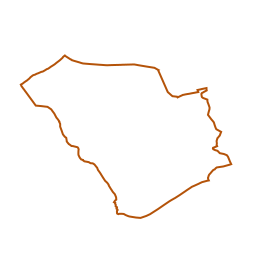 Bayt Al Faqih, Al Hudaydah, Yemen, rotated 71°
{"feature_id": "15242507B83737515314147", "entity_name": "Bayt Al Faqih", "entity_type": "district", "adm_level": 2, "iso_a3": "YEM", "parent_name": "Yemen", "parent_adm1": "Al Hudaydah", "projection": "equal_earth", "projection_center": [43.296, 14.46], "detail": "fine", "context": "isolated", "style": "outline", "palette": "amber", "viewbox_px": 256, "rotation_deg": 71, "n_neighbors": 0, "source": "geoboundaries", "source_scale": "gbopen_adm2", "svg_char_len": 4352}
<svg xmlns="http://www.w3.org/2000/svg" viewBox="0 0 256 256"><g transform="rotate(71 128 128)"><path d="M38.9,164.1L39.6,166.1L40.4,167.2L41.1,168.9L41.6,170.0L42.2,171.7L43.0,174.2L43.3,175.0L43.9,176.6L44.5,179.0L44.9,180.8L45.9,184.1L45.9,185.6L46.5,188.1L46.9,190.3L46.7,191.6L47.0,195.2L47.0,196.9L47.3,198.5L47.2,199.9L47.3,201.0L47.8,202.3L48.2,203.6L49.1,205.2L49.8,207.1L50.2,208.1L50.5,209.4L51.1,211.5L51.4,212.2L51.6,212.9L51.8,213.5L51.9,214.2L52.1,215.2L52.8,215.1L53.7,215.1L54.1,215.0L54.9,214.7L56.7,214.2L57.4,213.9L58.4,213.6L59.8,213.2L60.6,212.9L61.6,212.6L63.5,212.0L64.2,211.8L66.8,211.0L67.1,210.9L68.7,210.4L72.9,209.1L75.2,208.4L76.8,207.9L78.5,204.1L78.9,203.2L81.8,197.2L85.4,194.5L87.2,194.0L90.3,193.0L94.9,192.3L95.1,192.2L96.7,191.6L97.7,191.3L99.4,190.8L99.6,191.1L101.7,190.8L102.0,190.8L102.9,191.1L103.2,191.2L104.6,191.7L108.7,191.6L110.4,191.6L110.5,191.6L112.6,191.6L112.8,191.6L115.2,190.8L115.3,190.7L115.7,190.6L116.9,189.8L117.1,189.6L117.8,189.7L120.1,190.1L120.8,190.3L121.1,190.2L122.9,189.6L123.0,189.5L123.3,189.4L124.0,189.2L124.3,188.8L126.6,187.3L127.2,185.9L128.0,184.7L129.4,182.5L129.9,181.9L130.9,181.6L132.1,181.6L132.6,181.9L134.0,182.5L135.9,183.2L136.9,183.5L137.5,183.6L140.3,183.3L142.5,182.5L143.4,181.2L143.5,181.3L144.3,180.8L145.3,180.1L147.5,176.2L147.9,175.9L148.5,175.4L149.2,174.7L149.9,172.9L150.7,172.2L150.8,172.2L151.5,171.6L154.6,170.5L155.4,170.2L155.5,170.1L157.0,170.1L158.1,170.0L159.3,169.6L161.0,169.1L162.6,168.7L164.1,168.4L165.3,168.1L166.8,167.8L166.9,167.7L167.1,167.7L170.6,166.8L171.1,166.5L173.0,165.5L175.2,164.8L176.2,164.9L177.9,164.5L178.9,164.3L180.2,164.0L181.6,163.6L181.8,163.6L183.0,163.3L183.7,163.1L186.3,162.0L187.8,161.9L189.6,161.8L191.9,162.4L192.4,163.8L192.5,164.0L193.6,165.4L193.9,165.1L194.2,164.7L194.5,164.4L194.9,164.6L195.1,164.8L195.4,164.9L195.7,164.7L196.3,164.6L196.8,164.6L197.1,164.8L197.4,165.0L197.9,165.2L198.2,165.1L198.4,164.9L198.9,164.4L199.4,164.2L199.6,164.3L199.8,164.8L200.2,165.1L200.7,165.1L200.9,164.8L201.3,164.6L201.8,164.6L202.1,164.5L202.3,165.0L202.6,165.3L203.1,165.6L203.5,165.6L204.2,165.8L204.7,166.1L205.4,166.1L205.6,165.9L206.0,165.5L206.3,165.2L206.3,164.8L206.3,164.2L207.2,161.6L207.9,160.0L209.6,158.5L211.2,156.7L212.1,155.5L213.5,152.9L215.3,149.5L217.1,145.4L217.1,144.1L217.1,139.3L216.8,136.5L216.7,135.4L214.4,125.9L212.5,119.1L212.1,117.6L210.8,112.8L210.6,111.9L210.1,109.6L210.1,109.3L209.8,108.0L209.6,106.6L208.3,101.2L206.4,94.2L206.1,93.2L205.5,90.9L204.9,88.5L204.4,86.8L204.2,84.2L203.7,78.9L203.6,78.5L203.3,75.6L203.6,71.4L203.6,70.8L203.9,68.7L202.9,68.8L201.5,68.7L201.0,68.5L200.4,67.9L199.8,67.6L198.8,66.7L198.6,66.5L198.0,65.5L198.0,65.4L197.6,64.7L196.6,63.1L196.1,62.1L195.9,61.9L195.4,60.8L195.4,59.9L195.4,59.6L194.6,58.2L194.2,56.9L194.6,54.7L195.4,50.4L195.6,46.9L195.8,43.7L195.8,42.6L195.8,42.2L193.0,42.5L187.8,42.8L185.9,43.4L183.8,45.8L181.7,49.4L178.7,50.8L177.2,52.9L175.8,54.3L175.0,54.4L174.4,54.0L174.4,53.0L174.2,49.6L173.8,49.6L173.1,49.8L171.5,49.0L169.7,48.6L169.2,48.5L166.8,46.8L166.8,46.7L165.0,43.8L165.0,43.7L163.4,42.4L162.0,41.2L161.1,42.0L159.9,43.1L157.9,44.9L156.1,45.1L155.9,45.1L154.9,45.1L154.6,45.1L153.5,45.1L150.6,45.0L148.9,45.6L146.9,46.4L146.0,46.7L145.9,46.7L145.1,47.0L143.7,47.4L141.6,48.1L139.4,46.7L136.7,44.8L135.1,44.2L131.8,44.2L129.2,44.3L127.5,43.9L127.3,43.8L127.0,43.7L124.0,47.3L122.9,48.0L121.9,48.0L120.5,47.7L119.9,47.6L119.7,47.5L119.5,47.4L119.2,47.0L119.0,46.8L118.9,45.8L118.5,43.9L118.1,41.4L117.9,41.4L115.8,40.8L115.2,45.4L115.0,47.5L114.7,49.9L116.9,49.8L116.9,50.0L116.6,51.6L116.4,53.2L115.9,56.5L115.6,58.8L115.5,59.4L115.2,61.0L114.9,63.0L114.7,64.8L114.6,65.1L114.6,65.6L114.7,66.2L114.9,68.4L115.2,71.2L114.4,71.4L112.4,75.6L110.9,76.5L108.2,78.0L107.0,78.7L106.2,78.7L106.0,78.8L103.5,79.0L89.0,80.2L83.2,80.7L83.1,80.4L83.0,80.5L82.7,80.7L81.4,81.9L79.9,83.2L79.8,83.3L79.7,83.4L75.7,90.9L71.8,98.1L71.1,99.3L69.9,101.5L66.8,111.4L66.2,113.3L66.0,114.1L65.2,116.6L63.3,122.6L61.9,127.2L61.5,128.3L61.4,128.5L60.2,131.3L59.6,132.7L59.2,133.7L56.4,140.2L55.3,142.8L52.4,149.4L51.5,150.8L50.2,152.5L46.9,157.2L45.7,158.8L45.6,159.0L45.0,159.2L44.9,159.3L44.8,159.6L44.3,160.0L43.5,160.7L43.2,160.9L40.8,162.8L40.4,163.1L39.9,163.5L39.6,163.8L38.9,164.1Z" fill="none" stroke="#b45309" stroke-width="2"/></g></svg>